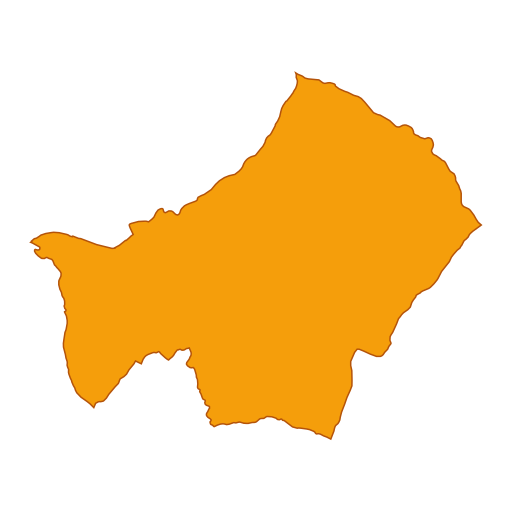 outline of Tópaga, Boyacá, Colombia
{"feature_id": "7082276B68599110832879", "entity_name": "Tópaga", "entity_type": "district", "adm_level": 2, "iso_a3": "COL", "parent_name": "Colombia", "parent_adm1": "Boyacá", "projection": "natural_earth1", "projection_center": [-72.847, 5.767], "detail": "fine", "context": "isolated", "style": "filled", "palette": "amber", "viewbox_px": 512, "rotation_deg": 0, "n_neighbors": 0, "source": "geoboundaries", "source_scale": "gbopen_adm2", "svg_char_len": 5996}
<svg xmlns="http://www.w3.org/2000/svg" viewBox="0 0 512 512"><path d="M72.8,236.1L72.4,236.7L71.0,236.4L70.0,236.1L67.9,234.8L66.6,234.4L59.2,232.7L53.6,232.3L51.2,232.6L45.8,233.5L40.9,235.1L39.2,236.4L36.4,238.2L34.3,238.7L31.5,241.1L31.8,241.5L30.7,242.3L32.4,243.0L39.6,247.0L39.9,247.7L39.8,249.1L38.9,249.9L37.4,250.0L35.3,249.4L34.9,249.6L34.6,250.1L34.6,251.3L35.2,252.4L35.7,253.3L38.1,255.8L41.3,258.2L41.8,258.4L44.3,258.5L46.2,257.5L47.1,257.5L48.6,258.3L51.8,259.4L52.9,260.8L54.5,264.9L55.8,266.1L56.8,267.5L58.0,268.7L60.3,271.5L60.9,272.7L61.1,273.4L61.0,275.5L60.8,276.5L59.0,280.4L58.8,281.4L58.8,284.8L59.9,289.2L61.4,292.3L62.1,295.7L63.0,297.3L63.8,298.3L64.6,301.0L64.7,304.1L64.5,305.2L64.1,306.0L64.8,308.4L65.9,309.7L66.0,310.2L65.7,311.1L65.1,311.6L64.6,311.6L64.5,311.9L66.4,315.9L67.2,320.4L67.2,323.4L66.1,329.5L65.0,332.4L64.0,339.0L63.4,343.3L63.5,347.1L65.4,354.5L66.0,358.0L67.1,361.2L67.3,362.8L67.1,365.2L67.6,367.1L68.6,369.4L68.5,372.3L68.9,374.1L70.4,378.2L71.5,380.4L71.9,382.1L73.4,385.6L74.8,388.0L75.5,390.3L76.8,392.8L81.0,397.2L87.1,401.5L90.0,403.8L93.8,407.6L95.6,403.3L98.3,401.8L99.4,401.6L100.6,401.7L103.0,401.2L103.8,400.7L106.4,398.1L108.8,394.3L115.2,386.7L118.2,383.6L118.6,382.9L119.9,379.3L120.4,378.7L123.9,376.6L126.5,374.2L129.0,369.8L133.8,364.0L135.5,361.0L141.3,363.8L143.1,359.3L144.8,356.8L146.1,355.6L148.0,354.5L152.4,352.8L154.0,352.4L155.5,352.7L156.5,352.7L158.7,351.6L159.6,352.1L160.6,353.5L165.2,357.7L167.4,359.4L168.6,360.0L169.8,358.8L172.3,356.8L173.6,355.3L174.8,353.2L176.9,350.4L177.5,349.9L177.9,349.8L178.3,349.9L179.3,349.4L180.2,349.3L181.8,350.1L182.8,350.2L184.3,349.9L186.6,348.5L187.7,348.4L189.2,347.9L190.9,351.9L191.2,353.0L191.1,354.9L190.8,355.8L190.1,356.9L189.2,359.2L186.8,362.5L186.5,363.6L186.5,364.3L187.5,365.8L190.1,367.6L191.8,367.8L193.1,367.5L194.1,368.4L194.7,369.5L196.3,375.0L196.4,377.2L197.3,379.1L197.5,380.0L197.8,383.9L197.5,387.2L197.8,388.1L198.3,388.8L199.9,389.6L200.0,390.1L199.7,391.7L201.0,394.0L202.4,398.0L203.1,399.2L204.8,400.0L205.2,400.5L205.3,401.0L204.8,402.5L205.1,404.0L206.3,405.2L209.0,406.2L209.5,406.7L209.5,408.4L208.9,409.0L207.8,411.5L206.6,413.4L206.4,414.6L206.6,415.7L207.9,417.3L210.3,418.9L211.1,419.8L211.0,420.6L210.0,422.0L210.4,423.7L210.8,424.4L212.7,425.3L213.8,426.5L214.3,426.6L217.4,425.1L220.4,424.1L222.9,423.8L224.5,424.0L226.6,424.6L229.2,424.2L233.7,422.6L235.9,422.9L238.9,422.1L240.0,422.1L243.7,423.2L246.5,423.4L248.2,423.4L252.1,422.5L254.6,422.4L255.7,422.1L256.5,421.7L259.7,418.9L261.0,418.5L263.8,418.4L266.5,416.6L267.5,416.5L271.9,416.8L276.1,418.2L277.4,419.4L278.1,419.6L279.7,419.7L280.7,419.1L281.6,419.1L281.9,419.3L282.5,420.2L283.0,420.4L284.1,420.5L292.5,426.9L297.3,428.2L298.2,428.0L300.3,428.1L306.8,429.0L309.6,429.6L313.7,431.3L314.8,432.1L315.6,433.4L316.4,433.9L318.6,433.7L320.3,434.1L323.7,435.9L326.9,437.1L330.8,439.1L333.9,431.1L334.5,428.3L335.1,426.5L335.8,425.4L337.9,423.6L338.8,422.2L339.8,420.0L340.3,417.0L341.6,412.0L344.7,404.0L346.9,397.6L350.2,390.3L351.9,385.9L352.0,380.6L351.8,370.6L350.7,365.6L350.7,361.4L354.6,352.4L357.1,349.2L359.1,349.2L363.3,350.9L370.5,354.2L376.5,356.4L380.4,356.4L381.8,355.8L383.2,354.6L384.6,352.4L387.6,349.3L388.8,346.5L390.9,343.7L391.0,343.1L389.9,340.3L390.1,336.7L391.0,334.9L392.7,332.3L396.5,324.0L398.5,318.7L400.2,316.7L401.6,314.7L403.5,312.7L407.8,309.7L410.3,307.1L411.8,302.5L413.4,299.9L415.6,297.1L415.9,296.4L416.1,295.4L417.1,294.6L420.4,292.8L420.9,292.1L422.6,291.0L428.8,288.4L430.4,287.3L433.8,283.9L437.0,280.0L438.0,278.4L441.6,271.4L449.3,261.7L451.4,257.2L453.6,254.3L457.2,250.2L459.9,248.1L460.9,246.2L461.6,245.5L463.7,241.4L464.4,240.4L465.8,239.4L468.1,237.1L469.3,234.7L470.3,233.5L472.7,231.3L481.3,225.0L478.2,222.3L476.2,219.3L473.8,215.0L470.2,210.2L468.7,208.9L463.7,206.6L462.2,205.1L461.5,203.6L461.2,201.7L461.2,193.4L460.7,190.9L459.7,188.8L458.7,185.6L455.9,180.9L455.6,179.7L455.6,177.9L455.1,176.0L454.0,173.8L451.1,171.9L450.0,171.0L448.8,169.1L445.6,162.9L444.5,161.4L441.7,160.0L440.6,158.9L436.2,155.7L434.3,154.9L432.8,153.8L431.6,151.6L431.6,150.0L432.9,147.1L433.4,144.9L433.1,142.9L432.3,140.5L431.2,138.8L429.6,138.0L428.1,137.7L424.8,138.8L420.2,137.4L417.9,135.7L415.5,134.9L414.1,133.9L413.6,133.0L413.5,131.7L412.9,130.0L412.2,128.6L411.2,127.5L408.5,126.0L406.1,125.1L404.6,125.0L402.8,125.3L399.6,126.9L398.1,127.0L396.9,126.8L395.6,126.2L389.8,120.7L380.1,115.1L377.7,114.6L373.5,112.7L364.6,102.0L361.3,98.5L358.2,96.6L353.7,95.3L347.7,92.3L344.9,91.4L339.1,88.8L335.6,86.2L335.2,85.4L335.1,84.6L334.2,83.9L332.4,83.3L330.0,82.7L328.0,82.8L324.9,83.4L323.9,83.2L322.8,82.8L318.9,79.9L308.2,78.9L305.8,78.3L304.7,77.9L303.2,76.7L301.9,75.9L298.1,74.4L295.7,72.9L296.3,74.6L296.2,77.4L297.3,80.3L297.4,81.5L297.2,83.5L296.6,85.8L295.7,88.3L294.1,90.7L292.7,93.4L292.2,93.9L290.7,96.1L286.8,101.0L285.9,101.4L283.1,105.6L281.7,108.5L280.9,111.4L279.7,116.7L277.7,121.0L275.7,123.9L275.3,124.8L275.2,125.8L271.4,133.0L270.2,134.8L268.1,136.3L266.6,138.0L265.5,140.4L265.1,142.3L262.9,146.4L260.5,149.1L255.9,154.9L255.0,155.6L251.3,156.7L249.1,157.8L247.4,159.0L246.2,160.2L244.9,161.8L243.7,163.9L242.6,166.8L241.2,168.9L239.1,171.1L235.9,173.6L234.9,174.4L229.2,175.7L224.4,177.6L219.4,180.8L215.6,184.4L211.3,189.6L204.3,194.4L201.3,195.6L198.1,197.3L197.5,198.5L197.4,199.6L196.7,200.5L195.6,201.2L189.6,203.4L186.3,204.8L184.4,205.9L181.8,208.5L180.7,210.2L179.9,212.8L178.8,214.4L177.5,215.0L175.6,214.4L172.8,211.7L171.4,211.0L168.9,210.9L166.3,212.3L165.3,212.7L164.3,212.3L163.7,211.6L163.0,209.1L162.3,208.6L161.2,208.6L159.8,209.1L158.0,210.1L155.9,213.0L153.9,217.2L151.9,219.2L148.7,221.8L146.0,221.2L144.6,221.2L138.5,221.5L131.4,223.4L129.9,224.0L129.3,224.7L129.3,225.6L130.3,228.3L133.2,234.5L130.7,236.3L129.7,237.4L126.2,240.5L125.5,240.4L119.4,245.3L114.7,247.8L114.8,248.2L112.0,248.4L96.6,244.6L80.7,238.6L78.6,238.4L72.8,236.1Z" fill="#f59e0b" stroke="#b45309" stroke-width="1.5"/></svg>